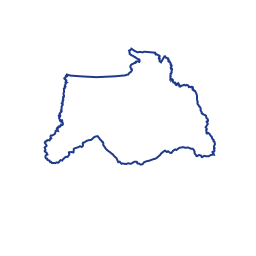 the district of Tharaka, Eastern, Kenya, rotated 43°
{"feature_id": "3690345B49853475853823", "entity_name": "Tharaka", "entity_type": "district", "adm_level": 2, "iso_a3": "KEN", "parent_name": "Kenya", "parent_adm1": "Eastern", "projection": "mercator", "projection_center": [38.037, -0.18], "detail": "fine", "context": "isolated", "style": "outline", "palette": "blue", "viewbox_px": 256, "rotation_deg": 43, "n_neighbors": 0, "source": "geoboundaries", "source_scale": "gbopen_adm2", "svg_char_len": 5711}
<svg xmlns="http://www.w3.org/2000/svg" viewBox="0 0 256 256"><g transform="rotate(43 128 128)"><path d="M70.3,112.3L60.2,120.8L50.2,128.9L46.9,130.5L47.1,130.8L48.0,131.0L48.2,131.6L48.1,132.1L47.7,132.4L47.1,132.5L48.0,134.2L47.5,135.0L47.7,135.3L50.5,135.2L50.7,135.4L50.3,135.9L51.3,136.9L51.3,137.4L51.6,137.5L52.1,137.1L52.0,137.9L52.5,138.7L52.8,140.0L53.8,140.3L53.6,140.7L54.2,141.1L54.1,141.7L54.5,141.9L54.3,143.0L56.5,145.0L57.3,146.8L58.3,147.6L59.2,148.0L59.3,148.6L59.8,148.9L59.4,149.5L59.9,150.3L61.4,151.4L61.6,151.7L61.3,152.2L61.9,152.7L61.9,153.1L62.6,153.4L62.7,155.2L63.0,155.3L63.5,154.9L63.8,154.9L64.4,155.5L65.0,158.0L66.4,159.2L66.7,160.2L67.4,160.5L67.4,161.3L68.2,161.4L68.1,163.6L68.2,164.2L69.1,164.5L69.3,164.9L69.3,165.4L68.9,166.1L69.0,166.3L69.6,166.5L70.4,165.8L70.6,166.5L70.4,167.2L70.7,167.5L71.2,168.0L72.4,168.2L73.4,169.1L74.4,169.0L74.2,168.5L73.6,168.3L74.5,167.3L75.1,167.7L75.3,168.0L75.3,168.4L75.5,168.6L76.9,168.8L78.0,169.9L77.9,170.5L76.9,171.1L77.4,171.6L77.3,171.9L76.9,172.0L76.9,172.3L77.3,173.1L77.3,173.6L76.2,174.1L76.1,174.6L76.8,175.2L76.8,175.5L76.5,175.6L76.1,176.7L76.2,176.9L77.7,177.3L78.8,177.9L77.6,178.6L77.1,179.3L77.1,179.7L77.5,180.0L78.5,182.0L78.3,183.1L77.8,184.9L76.7,186.0L76.9,186.8L77.6,187.5L79.0,188.0L78.5,189.4L79.1,190.5L77.6,191.6L77.3,192.0L77.2,192.4L77.5,193.4L76.8,194.0L76.9,195.2L77.2,195.5L80.3,196.3L80.7,196.8L80.7,197.2L80.4,198.1L80.4,199.2L81.1,199.4L82.4,200.2L82.7,200.5L82.6,201.4L83.0,201.8L84.3,201.9L85.2,201.6L87.2,202.4L86.6,203.7L86.6,204.2L87.0,205.2L87.9,205.9L88.8,206.2L89.8,205.5L90.1,205.6L90.6,206.2L91.9,206.0L92.8,205.3L94.4,206.0L95.0,205.2L96.4,205.5L98.0,203.8L98.8,203.3L99.4,201.6L100.5,201.2L100.6,200.7L100.8,199.8L100.5,198.6L100.6,197.5L102.1,196.6L101.8,195.5L102.0,192.5L102.3,191.4L103.5,190.4L103.5,189.8L103.2,187.4L101.6,186.4L101.4,185.9L103.1,184.1L104.7,183.2L104.7,182.8L104.2,182.2L102.7,180.4L102.6,179.8L104.7,176.0L105.3,174.1L105.8,173.8L106.9,173.6L107.1,173.3L107.3,172.5L107.1,171.7L106.6,171.0L105.3,170.1L105.1,169.3L106.0,168.2L106.5,165.6L107.6,163.7L109.2,161.8L109.5,157.6L110.4,155.9L111.3,154.8L111.6,154.6L115.4,155.4L117.7,155.4L118.5,155.8L119.1,155.4L120.4,156.0L121.2,157.0L121.8,157.5L123.2,157.6L126.3,158.4L129.1,158.3L131.6,157.9L133.6,157.9L134.4,157.6L137.0,158.0L140.0,157.9L144.2,159.6L144.9,158.3L147.2,158.6L147.8,158.5L148.1,157.7L151.3,155.6L151.8,154.3L152.6,153.4L154.4,152.3L154.8,151.5L155.6,148.5L156.7,147.3L157.6,146.7L158.9,147.5L159.3,147.4L160.1,146.6L162.0,146.2L163.0,145.2L163.3,144.2L163.1,142.0L164.7,138.9L165.7,137.7L168.0,133.1L168.6,132.5L169.2,131.0L169.5,129.6L169.9,125.9L169.6,123.8L170.3,119.7L170.7,119.2L172.5,119.2L172.9,118.9L173.1,117.8L173.5,117.6L175.7,117.4L176.6,116.9L176.8,116.0L176.5,114.4L176.6,113.5L177.0,111.7L177.3,111.3L178.3,111.2L178.5,110.8L179.0,107.6L181.5,104.3L183.7,103.2L184.7,101.8L185.4,101.2L188.2,100.2L189.5,99.1L190.8,99.1L192.0,99.5L193.0,100.0L193.6,100.8L194.1,101.1L195.9,101.4L196.9,101.8L197.5,101.7L197.9,101.0L198.2,99.5L198.6,99.2L200.2,98.4L201.5,98.9L202.1,98.8L202.6,96.5L204.0,95.7L206.2,93.8L207.0,91.3L208.2,89.5L209.1,88.9L208.6,88.6L207.5,88.6L206.9,88.2L206.1,88.0L206.1,87.7L207.0,86.9L206.8,85.7L206.1,85.2L205.4,85.0L205.2,83.8L205.0,83.6L204.4,83.8L203.8,83.3L203.3,82.7L202.7,80.6L201.7,79.8L201.1,79.7L200.6,79.1L199.2,79.2L198.9,78.4L196.6,78.3L195.1,77.2L193.9,77.4L192.0,76.8L190.2,76.8L189.8,77.3L189.6,78.2L189.3,78.3L188.6,78.0L187.7,76.8L186.6,76.3L186.4,75.0L185.2,74.6L184.4,74.6L184.2,74.4L183.7,70.8L183.5,70.5L181.3,69.9L181.1,69.6L181.7,68.9L181.7,68.4L181.6,68.1L180.8,67.5L180.0,67.1L179.2,67.2L178.3,67.1L176.7,65.8L176.0,65.9L173.8,66.7L173.2,66.6L172.8,66.9L171.9,67.0L171.4,66.3L169.0,65.6L168.2,64.5L166.9,63.7L165.8,63.5L165.2,63.7L164.3,63.2L162.5,63.0L162.1,62.7L161.7,62.3L161.3,61.4L160.1,60.9L158.7,59.7L156.4,57.3L154.3,56.1L151.8,55.2L150.8,55.7L150.1,55.3L149.5,55.9L149.1,55.9L148.4,55.4L148.5,54.8L147.9,54.4L147.8,54.1L147.4,54.0L146.5,54.3L146.1,55.4L145.1,55.7L144.6,56.6L143.2,55.9L141.7,56.3L141.2,57.6L139.6,58.1L138.5,60.5L138.0,60.9L138.1,61.9L137.3,62.5L136.8,61.8L136.3,61.8L135.5,61.3L134.7,61.1L134.8,61.4L135.2,61.5L135.1,61.8L134.4,61.8L134.7,62.5L134.4,62.7L134.2,63.3L133.6,63.0L133.6,63.6L133.4,63.8L133.0,63.6L132.9,63.0L132.7,63.0L132.5,63.3L132.0,63.3L131.4,62.7L130.8,63.1L130.5,63.7L130.0,63.8L128.4,63.0L128.5,62.7L128.0,62.2L127.6,62.2L127.7,62.8L127.3,62.9L127.2,63.4L126.9,62.9L126.3,62.5L125.5,62.7L125.8,63.3L125.7,63.5L124.9,62.3L124.1,61.8L124.0,61.1L123.5,61.0L122.6,59.6L122.2,59.5L122.1,58.9L122.4,58.7L122.1,57.6L121.2,57.0L120.7,55.8L119.8,54.8L119.3,55.4L119.0,55.4L118.8,55.2L119.0,54.9L118.1,54.8L117.9,54.5L117.9,53.9L117.4,53.1L117.5,52.7L116.6,52.3L116.3,52.8L116.1,52.8L115.8,52.2L114.9,51.5L114.3,51.6L113.1,51.0L112.9,51.6L111.8,51.6L111.1,50.3L110.4,50.1L110.1,50.3L109.8,49.8L109.5,50.0L108.5,50.2L107.8,50.7L107.3,50.8L106.2,50.3L105.8,50.7L107.3,57.4L105.9,57.3L105.6,57.6L104.5,56.5L103.6,56.3L103.8,55.6L103.5,55.4L103.0,55.7L102.7,55.5L102.7,55.2L102.2,54.7L102.2,53.9L101.9,53.7L100.6,54.0L99.1,54.5L98.4,55.2L97.8,54.8L97.1,55.1L96.5,54.4L88.0,61.0L87.1,62.7L84.9,64.1L83.4,66.1L80.3,67.1L76.4,67.7L76.7,68.4L76.0,70.7L77.0,71.1L77.6,71.5L77.7,71.9L78.8,72.7L80.0,72.4L80.5,72.6L82.5,71.8L83.0,71.9L84.1,71.5L84.7,71.6L85.1,71.2L86.6,71.2L88.2,70.8L89.3,70.2L89.7,70.2L90.1,70.8L90.9,71.2L91.2,72.0L89.4,72.8L88.4,74.3L88.5,74.6L89.1,74.9L89.1,75.2L88.1,76.6L88.0,77.4L87.4,78.6L87.2,80.0L87.3,80.6L88.1,81.8L89.3,82.2L89.9,82.6L90.3,82.3L91.4,82.9L91.9,84.8L91.4,86.6L91.7,88.8L90.8,89.7L90.4,91.0L83.2,99.1L70.3,112.3Z" fill="none" stroke="#1e3a8a" stroke-width="2"/></g></svg>